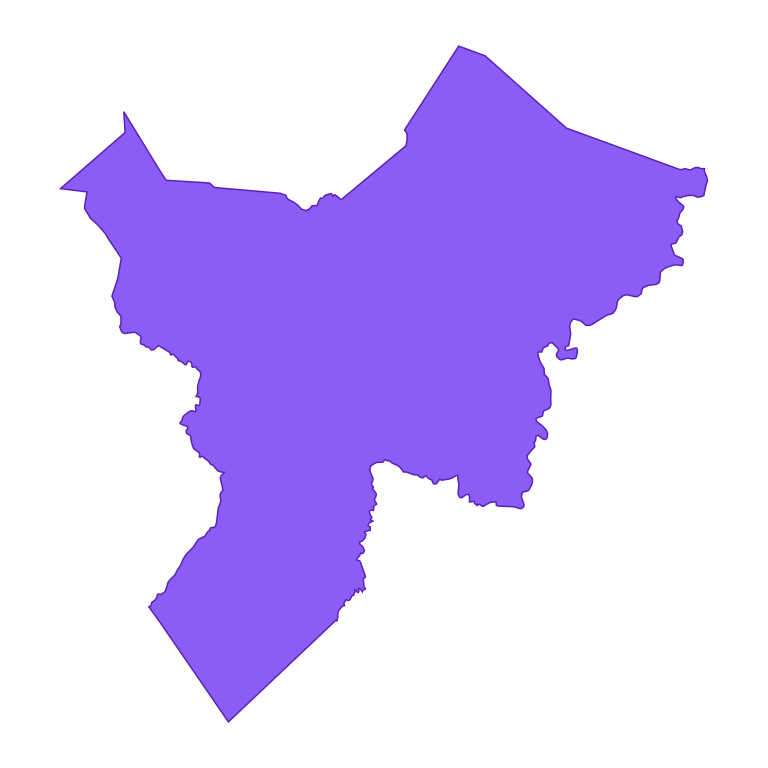 the district of Esquias, Comayagua, Honduras
{"feature_id": "27666195B47131670478697", "entity_name": "Esquias", "entity_type": "district", "adm_level": 2, "iso_a3": "HND", "parent_name": "Honduras", "parent_adm1": "Comayagua", "projection": "natural_earth1", "projection_center": [-87.395, 14.652], "detail": "fine", "context": "isolated", "style": "filled", "palette": "violet", "viewbox_px": 768, "rotation_deg": 0, "n_neighbors": 0, "source": "geoboundaries", "source_scale": "gbopen_adm2", "svg_char_len": 6123}
<svg xmlns="http://www.w3.org/2000/svg" viewBox="0 0 768 768"><path d="M228.4,721.9L335.7,620.4L336.9,621.0L337.8,617.6L337.9,612.7L338.9,610.2L342.6,605.9L344.4,605.7L344.5,605.1L343.7,603.5L346.1,599.7L348.3,600.5L349.4,600.2L350.1,599.4L351.9,595.9L353.7,595.2L354.8,592.1L355.0,589.4L355.4,589.4L357.3,592.3L358.0,592.6L358.8,591.7L358.7,588.4L361.0,589.8L362.4,591.9L363.2,590.0L365.2,589.1L365.1,588.0L364.0,586.8L363.3,578.4L365.3,577.5L365.4,576.2L360.1,561.4L359.4,560.7L357.0,560.2L356.8,559.5L357.6,557.9L359.7,555.6L360.7,553.2L362.9,553.5L364.5,550.7L362.6,546.5L359.8,544.2L359.5,542.3L362.5,540.8L364.9,538.2L366.0,534.2L364.7,532.6L364.7,531.7L370.3,530.2L370.1,526.7L368.1,526.0L368.0,525.6L368.9,523.1L372.9,521.1L372.5,520.6L370.2,520.0L371.9,517.3L370.3,515.0L369.2,511.5L371.0,509.9L373.4,510.5L373.8,508.8L373.4,506.4L376.7,504.0L374.8,500.6L374.5,499.5L374.7,498.3L375.6,497.4L376.4,494.1L373.7,490.1L372.4,488.8L372.4,488.2L373.1,488.0L373.4,487.3L371.4,484.1L371.7,482.8L372.7,481.2L373.0,478.3L370.1,471.7L370.0,467.0L372.5,464.6L376.6,462.5L382.9,462.1L384.9,459.7L387.5,460.9L389.0,460.6L392.9,463.5L396.9,465.1L399.4,466.8L401.8,469.3L403.3,471.9L406.5,472.1L413.7,474.7L417.0,474.8L420.3,477.2L421.9,477.8L423.4,477.7L424.8,476.2L426.2,475.8L428.6,478.6L431.6,479.9L433.4,483.7L435.5,484.1L436.7,483.4L439.5,479.4L442.0,480.2L448.7,479.1L452.0,478.1L455.9,475.7L457.1,475.4L457.9,476.4L457.9,479.6L458.9,483.5L458.1,494.0L458.8,496.0L460.3,497.6L461.7,497.7L466.0,494.7L468.3,494.5L469.2,495.4L469.6,497.0L469.4,501.9L471.5,501.9L474.1,501.1L474.5,501.9L474.4,503.3L477.1,505.5L477.6,505.4L477.7,504.4L478.7,504.2L480.8,505.0L481.3,505.9L483.7,506.3L486.4,504.4L490.1,502.5L494.3,501.8L496.1,502.5L496.4,505.3L497.6,506.0L512.8,506.7L515.7,507.2L519.7,508.6L521.7,508.4L523.2,507.4L523.8,506.2L524.0,504.6L521.6,497.6L521.5,495.6L522.0,493.7L522.6,492.5L523.6,491.8L527.5,490.9L528.8,490.1L531.5,485.2L532.5,481.8L532.5,479.5L531.9,477.8L527.5,472.8L527.6,471.4L530.9,464.4L530.5,463.2L527.8,459.6L527.0,455.9L531.6,450.1L534.7,447.0L534.7,445.2L534.0,442.5L534.8,441.9L535.6,440.3L536.1,436.1L537.3,435.5L538.6,435.7L542.5,438.7L544.6,439.5L546.6,438.8L547.4,436.4L547.5,433.0L546.5,430.5L543.2,426.7L536.8,421.5L536.1,420.0L536.0,418.7L537.0,418.0L542.3,416.1L542.8,415.1L542.9,413.0L543.7,410.9L549.2,408.4L550.4,406.8L550.9,404.4L550.7,397.0L551.0,390.8L550.4,388.3L549.2,385.5L548.4,379.6L547.6,377.6L544.4,374.5L544.0,368.3L540.0,361.7L538.0,354.7L538.1,352.8L539.2,351.8L541.7,352.1L543.4,347.7L547.7,345.9L548.8,343.6L551.5,342.5L553.4,343.8L558.3,348.9L558.5,350.8L556.8,353.4L556.4,355.1L557.1,357.1L559.2,359.1L560.4,359.7L561.7,359.8L567.5,358.0L572.3,359.0L575.3,358.5L576.4,356.9L577.2,352.9L577.4,349.7L576.8,348.2L575.2,348.0L567.3,350.4L565.7,350.3L564.9,349.3L565.8,346.8L567.1,346.0L568.5,345.9L568.9,344.8L570.7,334.1L569.8,327.3L569.9,324.8L570.6,322.4L572.5,319.7L573.6,319.2L574.9,319.2L580.8,320.9L586.0,325.3L589.1,325.4L591.6,324.7L605.0,316.2L607.8,314.9L611.5,313.9L613.4,312.7L614.8,310.9L616.5,307.6L617.2,302.2L617.8,300.7L619.5,298.6L622.6,296.1L624.9,295.1L627.2,294.8L634.8,296.6L637.5,296.6L641.2,293.7L642.2,288.9L643.3,287.5L648.6,285.3L655.9,284.4L658.4,283.3L659.6,281.7L660.4,272.5L661.6,270.9L664.4,268.6L667.7,267.0L674.4,265.0L676.5,264.8L681.4,265.6L682.4,265.3L683.2,262.1L683.1,259.4L682.0,258.5L674.6,255.1L671.1,245.8L671.3,244.8L671.8,244.0L675.2,243.3L676.0,242.8L678.7,237.1L681.8,234.7L682.7,231.9L681.3,225.9L678.0,223.9L676.9,221.4L678.8,217.4L679.9,213.1L683.2,209.1L683.8,206.8L682.8,205.3L679.8,203.1L677.6,200.8L676.1,198.6L675.8,196.9L676.5,196.6L678.7,197.4L681.1,197.7L683.0,196.4L684.7,196.4L687.3,195.6L693.2,195.3L697.5,197.2L701.7,196.5L703.8,195.5L706.2,184.3L707.5,180.7L706.5,176.3L704.3,171.4L704.5,168.6L700.9,168.7L699.1,167.7L695.9,167.5L693.7,168.2L690.2,170.1L685.0,168.6L682.1,169.5L679.3,169.4L566.4,128.1L485.2,55.9L458.7,46.1L404.5,130.0L406.5,132.9L407.0,135.0L407.2,139.4L406.0,145.7L341.2,199.7L335.1,194.8L334.4,194.9L333.0,196.1L331.3,193.6L326.3,194.8L324.5,195.9L323.0,198.1L320.4,198.2L318.6,201.4L317.2,205.5L312.2,205.7L309.2,209.3L307.7,209.6L306.5,210.5L305.2,210.4L301.5,209.1L297.9,205.3L294.7,202.8L288.1,199.3L287.0,198.0L285.6,195.0L282.1,194.1L280.6,193.3L214.4,187.5L209.6,183.0L166.2,180.3L158.9,169.1L123.8,111.7L125.1,132.5L60.5,188.6L87.0,191.9L84.7,205.9L84.6,208.0L85.2,209.6L90.6,218.4L97.6,224.7L105.3,233.6L107.3,237.2L121.3,258.2L117.7,278.8L111.9,296.3L114.6,302.1L114.9,306.7L116.0,309.5L117.5,312.4L120.9,316.1L121.0,323.4L119.7,326.8L121.6,331.7L123.0,332.9L124.7,333.5L135.0,332.2L141.1,336.5L140.3,342.0L140.6,343.4L141.3,344.2L144.4,345.1L145.6,346.7L149.2,347.4L150.7,349.5L151.8,350.0L153.6,349.7L158.5,345.6L169.7,352.3L170.8,355.0L173.3,354.2L178.1,359.2L178.0,360.1L178.4,360.6L181.6,361.7L185.1,364.7L186.3,364.5L187.2,362.4L188.4,361.2L190.6,361.8L191.9,363.8L191.8,366.1L192.3,367.0L192.8,367.3L195.6,366.6L196.9,368.9L200.5,372.1L200.7,376.2L199.0,380.7L197.7,386.5L197.6,393.8L196.0,396.4L198.8,397.0L200.4,398.4L199.7,404.9L198.6,405.5L196.4,404.7L195.6,405.1L195.4,406.0L196.0,411.0L195.7,411.5L194.8,411.7L192.4,410.7L190.4,411.0L188.7,411.9L183.4,416.1L182.5,417.8L182.1,420.5L180.4,422.1L180.0,423.1L181.3,424.4L186.8,426.3L187.8,427.1L187.9,428.2L186.1,431.0L186.3,432.6L187.3,434.0L190.3,435.3L191.7,443.0L193.3,447.7L194.1,448.9L199.3,452.9L199.7,454.6L199.3,457.0L200.3,457.2L202.0,456.5L203.1,456.6L204.3,458.1L208.3,461.0L211.0,464.6L212.3,464.9L213.8,466.1L217.8,470.9L221.3,472.1L224.3,472.4L221.1,475.7L220.2,478.0L222.4,487.0L222.8,490.4L221.9,491.3L220.2,494.2L220.2,496.9L220.9,501.3L218.4,507.6L216.4,523.0L215.7,525.6L214.9,526.9L213.2,527.5L210.8,527.6L210.1,528.6L209.6,530.1L207.5,532.0L204.8,536.3L198.4,539.3L193.1,547.3L186.3,554.3L183.2,559.1L180.4,565.6L177.6,569.6L174.9,575.0L170.1,579.7L168.2,582.0L166.2,588.8L164.9,591.7L161.0,594.4L160.2,594.5L158.9,593.9L157.7,594.4L157.2,595.0L157.0,596.8L155.7,599.2L154.4,600.6L151.8,602.3L151.0,605.7L148.8,606.9L158.9,620.7L228.4,721.9Z" fill="#8b5cf6" stroke="#5b21b6" stroke-width="1.5"/></svg>